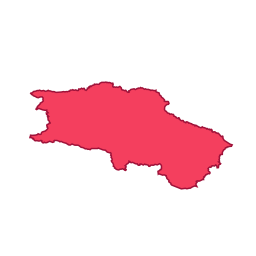 Si Sawat, Kanchanaburi, Thailand (Equal Earth projection), rotated 111°
{"feature_id": "78962969B73671934150573", "entity_name": "Si Sawat", "entity_type": "district", "adm_level": 2, "iso_a3": "THA", "parent_name": "Thailand", "parent_adm1": "Kanchanaburi", "projection": "equal_earth", "projection_center": [99.137, 14.65], "detail": "fine", "context": "isolated", "style": "filled", "palette": "rose", "viewbox_px": 256, "rotation_deg": 111, "n_neighbors": 0, "source": "geoboundaries", "source_scale": "gbopen_adm2", "svg_char_len": 5875}
<svg xmlns="http://www.w3.org/2000/svg" viewBox="0 0 256 256"><g transform="rotate(111 128 128)"><path d="M106.4,24.7L106.5,27.0L105.1,33.7L103.8,35.5L101.8,36.5L101.7,36.8L102.5,37.5L102.5,38.0L100.6,41.6L100.5,42.1L100.9,42.4L100.8,43.3L101.1,43.8L100.8,44.1L100.8,44.6L100.4,45.5L100.9,46.7L101.4,47.1L101.4,47.9L101.2,48.3L100.4,48.4L100.2,49.0L99.5,49.2L99.4,49.6L99.5,50.1L100.4,50.7L99.9,51.7L100.5,52.5L100.1,53.8L100.7,54.3L100.3,55.1L100.4,57.4L100.7,58.0L100.3,59.1L101.5,59.8L101.7,60.5L101.6,61.8L101.8,62.3L101.5,62.9L101.5,64.2L101.1,64.7L101.2,65.9L102.0,66.2L101.5,66.8L101.4,67.7L101.7,69.1L101.2,70.1L101.4,71.0L101.3,72.5L101.7,73.2L101.2,73.8L101.1,75.3L101.7,75.9L102.2,75.8L102.4,76.3L102.1,76.9L102.3,77.9L101.3,79.1L101.4,79.7L102.0,80.5L102.0,81.7L101.4,82.6L101.4,83.3L100.7,83.4L100.2,84.1L100.3,84.4L100.8,84.5L101.1,85.0L101.1,86.7L100.7,86.8L100.4,88.2L100.5,89.4L99.7,89.7L99.1,90.7L99.4,91.3L99.4,92.8L100.2,93.8L99.6,94.7L99.8,96.6L98.7,98.3L98.8,98.9L98.5,99.6L97.6,100.6L95.1,101.3L93.9,101.0L92.3,100.3L91.4,98.8L90.4,98.5L89.0,99.7L88.9,100.2L90.0,102.9L89.7,103.3L89.8,103.8L88.7,104.0L87.6,106.1L87.3,107.6L86.2,108.8L85.9,110.2L84.1,111.6L84.2,114.6L83.6,115.3L82.8,115.4L83.7,116.8L84.0,119.2L84.8,120.2L84.5,121.2L84.7,121.8L84.6,122.6L85.3,124.5L85.2,125.8L85.9,126.4L85.4,128.9L85.8,129.6L85.7,130.8L86.5,131.1L87.1,132.8L87.6,132.9L88.0,133.7L89.4,134.8L89.5,135.3L89.2,136.3L91.0,139.1L92.7,139.9L93.1,140.6L94.2,139.9L94.7,140.7L94.5,142.0L93.6,143.6L94.3,144.2L94.3,146.4L94.6,147.1L94.2,147.8L92.9,148.7L92.1,150.5L93.7,151.9L93.8,153.4L94.5,154.3L94.5,155.4L95.1,156.3L94.7,157.1L93.8,157.2L93.2,157.8L92.5,157.5L91.6,158.3L92.2,159.1L92.1,161.5L92.6,162.2L92.7,163.4L93.2,163.9L93.0,165.0L93.7,166.0L94.8,168.9L96.3,170.3L97.3,170.5L97.7,170.9L98.4,173.2L99.1,174.3L99.1,175.1L100.1,175.2L101.0,176.6L102.5,177.3L102.8,178.2L102.5,178.4L103.1,178.8L104.1,178.5L104.4,178.8L104.1,179.3L105.2,179.5L105.4,180.2L106.4,179.9L107.9,180.6L107.7,182.1L106.7,183.0L106.8,183.5L107.7,184.2L107.5,185.6L108.7,186.4L109.3,188.0L110.7,187.8L111.0,188.1L111.3,189.3L111.1,190.4L111.6,190.9L112.2,192.1L112.0,193.3L112.6,193.7L113.1,195.1L113.6,195.6L114.7,195.7L114.9,196.6L115.8,197.4L116.1,198.7L116.9,199.8L117.1,201.2L118.3,203.1L120.3,207.4L120.6,208.3L120.5,209.9L121.2,211.8L121.3,214.1L121.7,215.0L121.4,216.0L122.4,216.8L123.4,218.4L123.2,220.2L124.4,222.1L124.4,224.2L125.1,224.9L125.6,226.3L126.5,227.1L127.9,229.4L129.4,229.8L130.2,231.2L130.5,231.3L131.3,229.8L131.3,228.8L131.8,227.9L131.8,225.8L132.1,224.1L131.9,222.6L130.6,221.3L129.7,219.4L130.1,218.4L130.7,217.9L131.8,217.7L133.1,216.8L134.8,217.6L136.2,218.8L137.1,218.7L140.5,220.3L141.2,219.9L142.4,220.6L143.4,220.6L143.5,219.8L142.3,219.1L141.7,217.8L141.6,214.0L141.1,211.4L140.4,210.3L141.5,209.9L142.4,208.1L143.4,209.6L144.1,208.7L144.5,208.8L145.2,207.0L146.2,207.3L146.4,207.1L146.1,206.3L146.9,206.5L149.2,205.4L149.5,204.4L150.7,203.2L151.0,202.6L151.4,202.5L151.6,203.3L152.7,203.5L153.8,204.8L154.8,204.7L155.5,203.9L156.0,204.0L156.0,203.5L157.0,202.7L158.1,202.9L160.3,204.0L162.5,206.7L163.8,207.1L164.5,206.9L165.1,207.1L165.6,207.9L165.6,209.9L166.4,210.0L167.8,211.8L169.2,214.8L169.6,216.3L170.3,216.0L170.6,216.3L172.1,216.1L171.5,214.6L171.9,213.8L171.6,212.7L171.8,212.4L172.3,212.6L172.3,211.8L173.0,211.1L173.2,210.1L172.5,208.7L172.1,206.5L171.4,205.2L170.9,205.0L170.7,204.0L171.7,203.6L172.3,202.5L172.3,201.8L171.3,201.1L171.5,200.3L170.8,198.6L168.5,196.4L168.4,193.1L167.4,192.1L166.5,192.5L166.0,192.3L165.1,189.8L165.0,187.5L165.3,186.6L164.5,185.7L164.7,183.4L164.4,179.9L164.8,178.9L164.7,178.1L165.0,177.8L165.0,177.0L164.6,175.8L163.0,174.5L163.1,171.6L162.0,168.6L162.0,167.5L162.8,164.9L162.4,162.8L162.8,160.4L162.3,159.7L162.3,157.9L161.8,156.9L161.8,155.6L160.3,154.8L158.1,149.1L157.4,148.6L157.4,143.5L156.8,140.9L157.5,139.9L157.9,138.7L157.7,136.0L157.3,135.4L158.2,134.5L159.6,134.4L159.7,133.8L160.2,133.4L161.5,133.3L162.1,132.2L163.3,131.4L164.1,131.4L164.6,131.8L165.4,131.1L166.0,129.8L167.2,128.6L167.9,128.1L168.9,128.1L169.2,127.0L169.7,126.2L170.2,126.1L170.1,125.5L170.8,124.2L170.6,122.0L169.9,121.0L169.4,120.8L168.8,119.4L168.0,118.6L168.0,118.0L168.3,117.5L168.1,116.8L168.6,115.7L168.5,115.1L168.0,114.8L167.3,114.9L167.2,115.7L166.6,116.3L165.0,115.8L164.4,116.9L164.2,116.5L163.6,116.8L161.8,116.0L161.1,115.3L160.1,115.1L159.5,114.5L158.7,115.1L158.6,114.3L159.0,113.8L159.3,112.7L158.4,111.3L158.7,108.4L158.5,107.2L158.1,106.6L158.8,105.8L159.0,104.9L158.6,103.9L158.3,104.2L157.3,103.8L157.4,103.4L156.9,102.7L157.1,100.5L155.7,99.4L155.9,98.4L155.6,98.0L155.5,95.7L155.8,95.2L156.2,95.0L156.2,94.4L155.7,93.8L154.4,93.2L153.5,90.6L152.3,89.8L151.9,87.4L150.0,85.7L150.3,84.4L151.3,83.2L153.0,82.5L153.6,82.5L154.0,82.1L155.1,82.4L155.3,83.0L156.4,83.3L157.7,84.5L160.2,83.2L159.7,82.9L159.6,78.8L158.8,77.4L158.8,75.3L159.6,75.1L160.2,74.1L161.2,73.6L162.2,71.0L163.6,70.6L164.3,68.1L165.2,67.7L165.6,66.7L165.7,56.4L163.8,52.9L163.6,51.2L162.2,49.2L161.9,48.3L159.8,46.7L158.1,44.8L158.0,42.7L156.6,44.2L155.5,44.6L154.0,44.1L153.5,45.1L153.2,45.1L152.4,44.0L152.5,43.4L152.1,43.1L151.9,42.2L149.3,39.8L149.0,39.0L148.1,39.6L147.1,39.3L146.5,39.7L146.1,39.0L145.4,39.1L144.4,38.5L143.6,38.6L143.0,37.6L142.5,37.5L141.6,36.2L141.6,35.6L141.1,35.3L140.0,35.6L139.3,37.5L138.8,37.9L137.9,37.9L137.3,38.7L136.0,38.3L135.2,37.7L135.0,36.6L133.9,36.1L133.6,36.3L132.9,35.5L132.4,33.5L131.1,32.9L131.2,32.1L131.6,31.5L133.2,30.5L132.6,29.4L130.1,30.0L129.2,29.6L128.8,28.9L128.1,28.7L127.2,31.2L126.7,30.5L125.1,31.3L124.9,31.7L123.4,31.7L122.3,32.5L121.2,32.2L120.7,32.6L120.3,32.2L119.8,32.2L119.8,31.8L119.1,31.3L118.8,30.5L116.8,31.2L114.2,30.9L113.3,30.0L111.6,29.9L110.9,28.7L110.0,28.6L109.9,27.9L109.0,26.9L108.0,24.9L106.4,24.7Z" fill="#f43f5e" stroke="#9f1239" stroke-width="1.5"/></g></svg>